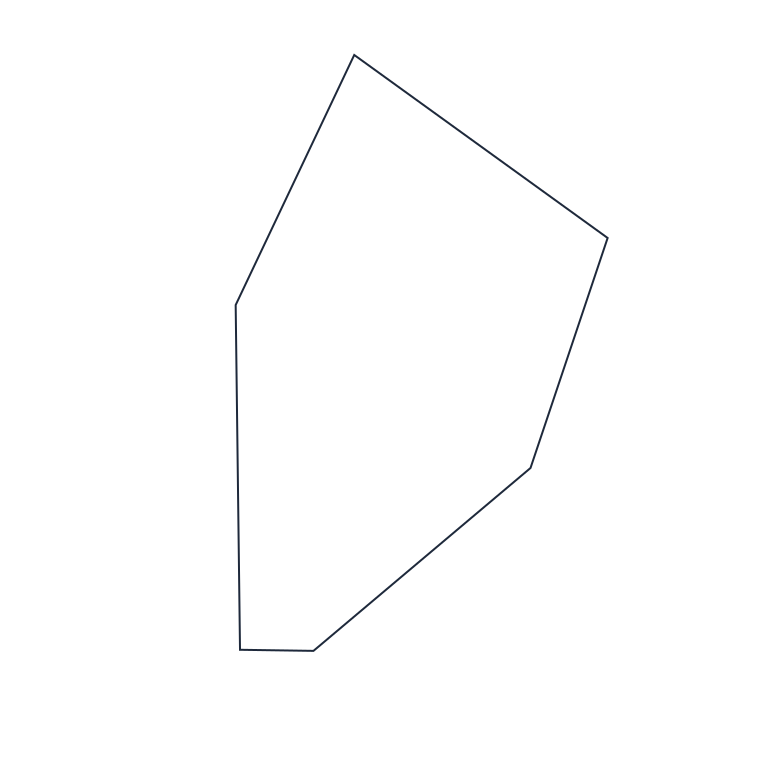 an SVG outline of Montserrat, rotated 200°
{"feature_id": "MSR", "entity_name": "Montserrat", "entity_type": "country or territory", "adm_level": 0, "iso_a3": "MSR", "parent_name": "North America", "parent_adm1": "", "projection": "orthographic", "projection_center": [-62.18, 16.745], "detail": "fine", "context": "isolated", "style": "outline", "palette": "slate", "viewbox_px": 768, "rotation_deg": 200, "n_neighbors": 0, "source": "natural_earth", "source_scale": "50m", "svg_char_len": 249}
<svg xmlns="http://www.w3.org/2000/svg" viewBox="0 0 768 768"><g transform="rotate(200 384 384)"><path d="M550.4,407.5L524.5,683.0L223.8,597.7L217.6,355.2L359.0,109.1L428.4,85.0L550.4,407.5Z" fill="none" stroke="#1e293b" stroke-width="2"/></g></svg>